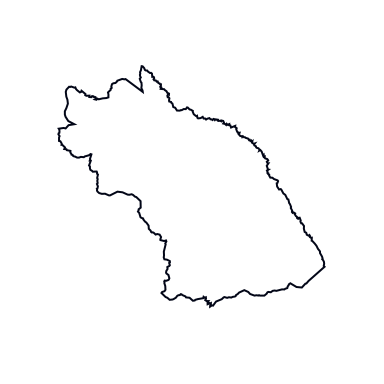 Serranópolis, Goiás, Brazil, rotated 194°
{"feature_id": "56859067B10105372355636", "entity_name": "Serranópolis", "entity_type": "district", "adm_level": 2, "iso_a3": "BRA", "parent_name": "Brazil", "parent_adm1": "Goiás", "projection": "orthographic", "projection_center": [-52.171, -18.223], "detail": "fine", "context": "isolated", "style": "outline", "palette": "ink", "viewbox_px": 384, "rotation_deg": 194, "n_neighbors": 0, "source": "geoboundaries", "source_scale": "gbopen_adm2", "svg_char_len": 6040}
<svg xmlns="http://www.w3.org/2000/svg" viewBox="0 0 384 384"><g transform="rotate(194 192 192)"><path d="M271.3,301.9L271.0,297.8L271.4,295.7L270.8,294.2L270.9,293.2L270.5,292.1L269.4,290.7L270.1,289.2L268.3,286.4L267.5,285.9L266.6,283.2L266.3,280.6L264.6,278.6L264.0,277.2L283.8,285.5L284.7,285.0L287.1,284.8L291.4,281.9L291.5,281.1L292.6,279.3L294.7,278.4L295.7,277.3L295.8,274.9L295.1,273.6L295.9,272.6L295.6,271.5L297.6,268.3L296.7,266.5L296.0,263.6L297.9,262.4L301.2,261.3L304.9,259.4L306.3,259.7L307.0,258.4L308.5,258.4L307.5,259.4L308.6,260.7L310.0,260.3L310.7,261.0L312.1,260.9L312.4,259.7L314.6,259.3L314.8,260.7L317.8,259.8L319.0,260.1L319.1,261.3L323.7,263.5L323.8,262.3L324.9,261.5L328.2,263.0L329.5,263.9L330.5,265.3L331.3,264.8L334.8,265.1L335.7,264.4L336.7,264.4L338.6,261.0L338.7,258.6L337.0,254.1L335.2,251.4L333.8,247.7L334.2,242.9L334.9,239.6L334.1,236.4L332.9,234.4L329.2,230.9L322.6,229.3L327.9,227.0L330.0,223.1L332.0,223.1L336.6,221.2L335.8,220.4L335.2,218.6L335.0,217.3L335.6,216.7L335.6,215.7L334.0,214.2L334.2,212.8L333.4,209.4L332.0,209.4L330.1,207.4L330.0,206.2L329.3,206.4L326.0,204.5L326.3,202.8L324.2,203.1L323.6,202.3L319.9,202.5L319.6,200.9L318.3,199.8L318.0,199.1L316.7,199.0L316.0,198.2L314.9,198.0L314.1,198.1L311.9,197.6L310.0,198.0L308.3,199.2L305.4,199.6L304.6,200.6L300.9,202.7L299.6,204.3L298.7,204.2L299.0,199.3L298.4,198.5L298.7,197.7L297.8,197.7L298.3,192.8L297.3,192.2L296.6,189.9L295.9,188.9L294.0,188.3L293.2,187.7L289.5,188.8L288.9,188.1L288.5,186.7L287.5,186.2L287.4,182.6L286.6,181.7L286.6,179.9L285.7,177.9L286.2,176.8L284.7,174.8L284.6,172.8L285.1,172.1L284.7,171.6L284.5,170.3L283.7,169.5L281.8,168.5L279.0,168.4L276.0,169.3L271.7,168.6L270.7,168.9L264.4,174.3L259.3,174.9L253.9,173.9L252.3,174.1L250.0,175.2L248.5,174.9L246.2,173.7L244.8,173.6L239.7,170.7L238.0,164.4L239.6,162.3L239.4,161.3L239.7,159.9L238.2,159.0L235.9,155.1L235.0,154.7L233.0,154.5L232.7,153.7L230.4,151.9L228.9,151.3L226.0,148.9L225.0,145.8L222.8,144.5L222.1,143.4L221.1,143.0L220.4,143.4L219.3,143.2L217.0,141.9L215.6,142.8L213.1,142.8L211.1,140.8L211.3,138.5L211.0,137.7L207.2,137.7L205.5,138.7L204.9,137.8L205.5,135.6L204.9,134.8L204.9,127.3L203.8,123.7L203.6,121.7L202.5,120.0L200.0,120.3L196.8,119.6L196.4,118.4L197.0,117.6L195.8,115.6L196.1,114.8L197.8,113.2L197.1,111.4L197.8,109.3L197.7,107.7L197.2,106.8L194.8,105.8L193.1,102.8L193.3,101.4L193.9,100.7L195.6,99.6L197.1,99.4L197.3,98.4L196.8,97.7L196.8,96.9L195.2,94.3L194.1,90.7L194.7,89.1L196.8,87.7L197.2,86.6L192.2,83.7L190.3,83.4L187.6,82.0L184.8,83.0L183.9,83.7L182.1,85.5L181.2,87.6L180.3,88.5L178.8,89.1L178.3,90.1L177.4,90.2L176.6,89.7L173.1,89.1L172.3,88.3L168.8,88.8L164.8,86.7L163.1,87.4L162.7,88.2L160.4,89.5L155.4,91.7L155.4,93.1L154.0,92.5L153.1,93.2L152.6,91.9L153.0,90.3L151.4,89.7L149.8,90.1L150.3,89.0L149.7,86.9L148.9,87.5L148.6,88.6L147.7,88.1L146.8,88.8L146.5,87.2L146.9,86.1L146.7,85.2L145.3,86.8L144.1,86.8L142.2,91.5L137.2,95.2L135.8,97.4L135.1,97.9L132.3,97.8L130.7,98.8L128.3,99.1L127.3,100.0L125.0,101.0L124.4,101.7L124.3,102.7L123.0,104.0L122.0,105.8L117.5,109.4L113.2,108.6L111.0,107.1L106.3,106.6L104.5,107.4L102.5,107.6L102.0,108.1L101.1,107.9L96.7,109.0L94.9,111.5L94.6,112.8L93.8,113.5L91.3,113.8L89.8,115.6L88.0,116.4L86.2,116.5L81.1,119.3L78.8,119.8L78.1,120.7L76.3,121.8L76.3,123.6L75.7,124.8L75.7,125.8L74.5,127.2L67.6,125.1L62.3,125.9L59.8,130.5L58.9,130.9L57.4,133.9L45.3,151.5L46.3,152.1L46.4,154.3L47.1,156.2L48.4,157.7L49.4,158.3L49.2,159.1L50.2,160.8L53.0,163.7L53.4,165.2L54.0,165.8L56.0,167.3L58.2,169.9L60.5,171.7L63.4,173.6L64.1,173.7L64.7,176.7L65.7,176.4L66.7,176.8L66.8,177.8L67.6,178.6L68.1,177.8L70.3,178.3L71.3,180.1L73.0,180.5L74.6,183.5L75.1,186.1L77.6,188.2L78.4,188.0L79.2,188.9L79.7,189.7L79.6,190.6L81.3,193.1L82.2,192.8L82.6,191.7L83.6,192.0L84.2,193.3L85.4,193.8L87.1,195.5L86.8,196.2L88.6,196.8L89.3,196.1L90.2,196.8L90.3,198.2L92.3,200.4L92.2,201.4L94.0,203.9L95.0,204.7L96.7,208.1L97.8,208.2L100.8,211.8L103.0,212.7L105.8,215.8L106.6,216.3L108.1,215.5L110.7,217.9L111.9,220.9L111.3,221.4L111.1,223.4L111.8,224.0L115.6,224.4L117.4,225.3L119.5,224.9L121.1,226.6L121.3,227.5L122.3,227.7L122.5,228.6L123.4,228.7L123.7,230.1L124.4,230.8L123.2,232.2L124.1,232.1L124.2,233.0L125.8,235.5L124.8,238.3L125.5,238.1L126.7,239.4L125.7,241.0L126.4,241.8L127.1,242.2L129.1,242.3L129.8,242.9L130.0,244.0L130.7,243.5L131.4,245.3L131.8,244.5L134.2,248.1L135.9,249.3L136.7,248.5L136.6,249.3L138.1,250.5L139.7,250.5L140.5,250.8L141.0,251.8L142.8,252.3L143.3,253.1L142.8,254.3L143.6,253.8L144.5,253.9L145.6,254.4L145.7,255.7L146.2,255.0L147.1,256.3L147.8,255.7L148.7,256.7L149.3,256.2L150.5,257.4L152.9,257.5L153.7,257.9L154.8,257.7L156.1,258.4L156.6,257.5L157.1,258.2L158.7,258.0L160.3,259.1L160.2,260.7L161.1,260.1L161.4,261.0L162.1,260.8L163.2,262.0L164.3,263.7L164.1,264.7L166.0,265.5L166.1,266.6L169.7,264.0L170.9,265.9L172.1,265.8L172.3,266.9L173.8,265.8L174.8,266.5L175.1,265.3L176.4,266.0L178.2,266.0L177.8,267.1L178.9,268.5L180.8,268.5L180.8,267.7L181.9,267.9L183.7,267.3L184.5,267.6L184.4,268.4L186.7,268.2L187.2,267.3L188.1,268.1L188.8,268.1L189.5,266.8L190.6,267.2L191.6,267.0L193.0,267.9L194.9,266.8L195.9,265.7L197.1,266.5L198.5,266.1L199.8,267.5L201.5,265.8L203.9,264.9L204.7,265.3L205.5,267.1L206.0,266.6L206.8,266.8L209.1,267.9L210.7,270.0L210.8,270.9L213.2,271.6L214.3,271.5L216.5,272.9L217.3,272.9L218.1,270.9L220.1,270.5L221.8,268.9L222.7,268.7L223.5,268.0L226.3,267.4L228.7,269.7L230.7,269.9L232.4,273.1L233.7,273.6L234.1,274.3L236.0,274.3L236.5,275.5L236.6,277.5L237.7,278.4L238.5,278.1L239.2,279.4L238.9,280.9L237.9,280.8L238.1,281.9L240.0,282.3L241.1,283.6L243.0,284.3L243.9,285.0L247.0,284.5L246.7,285.3L247.7,285.6L247.4,286.3L248.2,286.7L247.9,287.6L248.2,289.0L249.2,288.9L249.7,289.5L250.9,289.5L252.1,291.0L252.9,290.5L254.2,291.5L255.6,291.2L256.6,292.1L256.2,293.2L256.7,294.2L257.5,294.5L258.4,294.1L259.5,297.2L260.6,297.7L261.5,297.3L263.9,298.2L264.8,299.0L266.0,298.7L267.3,299.1L268.3,300.6L270.3,302.0L271.3,301.9Z" fill="none" stroke="#020617" stroke-width="2"/></g></svg>